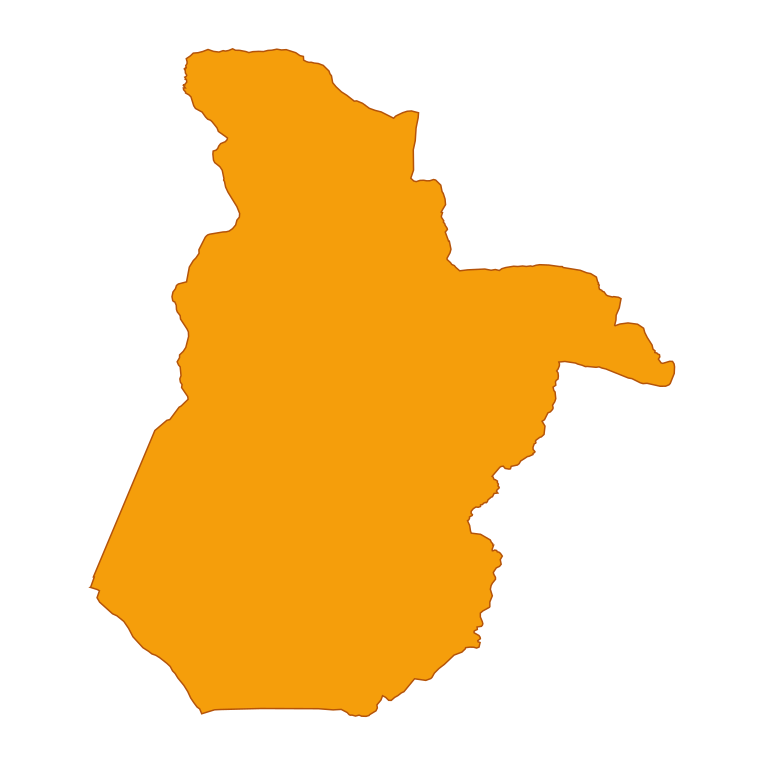 Njombe Urban, Njombe, United Republic of Tanzania, rotated 91°
{"feature_id": "72390352B92677179016540", "entity_name": "Njombe Urban", "entity_type": "district", "adm_level": 2, "iso_a3": "TZA", "parent_name": "United Republic of Tanzania", "parent_adm1": "Njombe", "projection": "equal_earth", "projection_center": [34.794, -9.468], "detail": "fine", "context": "isolated", "style": "filled", "palette": "amber", "viewbox_px": 768, "rotation_deg": 91, "n_neighbors": 0, "source": "geoboundaries", "source_scale": "gbopen_adm2", "svg_char_len": 6084}
<svg xmlns="http://www.w3.org/2000/svg" viewBox="0 0 768 768"><g transform="rotate(91 384 384)"><path d="M592.4,674.2L594.5,667.1L595.7,664.9L602.7,667.2L607.1,664.5L618.5,651.4L620.4,647.0L625.9,640.0L632.8,635.1L641.1,630.6L651.9,620.4L655.3,614.8L657.9,611.4L659.2,607.5L661.5,603.6L667.1,596.2L670.2,592.8L674.5,590.4L677.1,587.8L681.5,585.0L688.9,578.8L694.9,574.9L701.3,571.8L705.9,568.6L710.2,565.3L712.1,562.6L716.9,560.5L712.7,547.7L712.3,541.6L710.6,501.4L709.8,444.0L710.7,429.2L710.1,421.1L713.1,415.1L715.2,413.1L715.7,412.0L715.6,410.1L716.5,406.7L715.5,403.1L716.5,400.6L716.6,396.1L715.7,393.2L714.8,392.5L710.9,386.3L708.0,385.0L705.0,385.5L700.0,381.5L695.7,380.0L697.3,376.8L700.2,373.8L700.2,371.2L697.1,367.8L695.4,364.8L692.5,361.2L691.3,358.7L678.2,348.3L679.6,337.0L677.7,332.1L676.5,330.9L672.2,328.6L667.5,324.1L663.1,318.6L653.8,309.2L650.7,301.4L647.4,298.1L646.2,297.8L645.6,293.6L645.6,289.8L646.4,286.8L645.4,284.4L640.8,283.4L640.1,285.5L639.0,285.8L637.0,283.2L635.5,283.5L633.8,284.7L631.2,289.5L630.3,289.7L629.2,289.3L627.8,286.4L625.3,286.7L624.6,282.4L623.4,281.4L622.0,281.0L619.8,281.6L615.3,283.6L611.4,283.7L609.1,281.1L605.5,274.8L604.8,274.3L600.1,274.4L593.9,272.0L587.4,274.1L583.7,273.4L581.3,272.2L577.3,269.1L575.3,269.2L572.2,271.0L570.4,271.4L565.9,268.5L564.3,265.3L562.2,263.7L557.6,264.7L554.0,262.7L551.2,264.7L550.1,266.2L549.8,267.8L548.5,268.5L548.1,270.4L548.9,272.2L548.8,272.8L547.5,273.0L543.2,271.6L543.2,272.4L541.8,272.5L540.4,273.9L538.1,275.0L532.6,284.8L531.6,294.1L529.7,294.9L524.0,295.9L519.2,298.1L518.5,297.0L517.0,296.2L515.4,296.2L513.9,293.5L513.0,293.3L511.9,294.6L509.7,294.6L507.1,292.5L505.4,290.0L505.6,287.6L504.8,285.4L503.2,285.4L502.7,283.3L501.6,282.6L500.6,280.6L501.0,279.9L500.0,278.7L498.0,278.0L495.3,274.9L494.8,273.6L491.5,272.0L491.0,268.3L489.2,269.7L488.1,269.2L485.8,267.0L484.5,267.5L483.9,268.3L482.1,267.9L480.5,269.0L479.1,268.9L477.7,271.1L477.5,272.3L475.0,273.4L474.4,274.3L465.3,266.8L464.5,265.7L464.1,263.3L466.3,261.4L466.9,257.5L466.6,256.1L464.1,255.4L462.7,249.2L461.3,247.5L458.6,246.0L454.0,239.2L453.8,237.8L451.9,233.8L450.9,233.9L449.8,232.2L449.0,231.9L446.8,233.8L444.6,233.9L441.1,232.7L440.6,231.4L439.7,231.1L438.5,231.6L437.4,230.9L434.6,227.3L434.1,225.7L431.6,223.1L423.3,222.3L418.5,225.3L416.9,222.9L410.0,219.6L408.9,217.1L406.3,214.9L405.0,214.5L402.2,215.1L398.8,213.0L395.7,212.0L389.0,212.8L387.5,214.1L384.2,214.9L382.2,212.2L378.8,212.6L377.3,211.8L376.0,210.1L373.1,209.8L369.8,210.2L367.9,211.6L366.0,210.2L362.8,209.0L360.8,208.9L359.0,209.6L358.3,203.5L359.7,192.9L360.7,190.6L361.8,186.2L363.1,183.0L362.9,180.9L363.6,172.3L363.1,169.3L364.2,166.5L365.1,162.4L373.7,139.9L374.3,136.2L378.3,127.8L379.1,125.0L378.7,121.0L381.4,108.0L381.3,102.4L379.8,99.0L378.4,97.8L368.4,94.0L361.8,93.8L358.9,94.3L356.4,95.9L356.3,98.7L358.5,105.6L358.1,107.3L354.3,110.1L352.1,108.7L349.9,109.1L349.0,111.2L348.3,111.6L347.8,113.8L346.2,113.5L344.5,115.6L340.3,116.7L332.9,121.6L327.9,124.2L323.7,125.4L319.8,131.5L318.7,141.1L319.9,149.1L321.7,153.9L321.3,154.4L316.0,153.2L311.2,153.1L303.8,150.1L294.5,148.5L293.2,151.0L292.6,155.9L293.0,157.1L291.9,161.9L291.1,163.3L288.0,165.6L287.5,167.3L286.6,167.8L285.5,170.2L283.2,170.9L281.3,170.5L280.4,171.6L279.4,171.2L278.0,172.2L273.4,173.5L270.0,179.3L269.3,183.2L266.9,189.7L264.4,206.9L263.5,207.7L263.5,210.6L262.2,221.3L262.0,230.4L262.6,234.0L263.8,237.6L263.4,239.6L264.0,243.7L263.6,247.5L264.2,252.3L264.0,256.5L265.4,264.2L266.6,268.1L268.5,270.7L267.6,274.7L268.4,278.9L267.3,285.2L268.4,302.2L269.5,310.3L266.0,314.4L264.4,315.7L263.3,318.3L261.4,319.7L258.5,323.0L257.2,323.2L251.7,320.3L248.1,319.4L240.0,321.2L240.1,321.9L231.0,325.4L228.4,323.3L227.2,323.6L224.3,325.6L222.6,326.1L221.1,327.5L219.8,327.1L216.4,329.4L215.3,329.6L211.6,328.5L211.2,329.8L210.6,329.6L203.6,325.6L198.0,326.2L192.4,328.1L190.6,329.3L184.2,330.7L179.2,335.9L178.7,338.0L180.0,341.8L180.1,344.9L179.6,347.8L179.8,351.6L181.1,355.3L180.5,357.8L177.8,360.8L169.6,358.2L149.3,358.8L140.2,357.0L127.5,356.4L117.3,354.5L112.2,354.2L110.5,361.3L110.9,365.6L112.4,370.0L114.8,374.9L116.0,377.1L118.1,379.0L112.0,391.6L110.6,397.6L108.6,403.5L103.7,410.4L101.4,416.2L101.7,418.7L96.0,426.2L92.7,431.6L87.6,437.2L83.6,440.6L76.8,441.9L74.7,443.5L72.0,444.5L66.5,450.3L64.7,455.3L64.3,459.5L63.6,462.2L63.7,464.8L63.0,467.2L61.6,470.0L57.9,470.3L57.1,473.8L54.3,478.0L51.4,487.6L51.8,492.3L51.1,497.0L52.2,502.0L52.5,505.9L53.7,510.3L53.6,515.0L54.0,521.0L55.0,524.9L54.0,528.0L52.9,534.2L52.9,538.3L51.5,541.2L53.2,545.1L53.9,548.3L53.5,550.7L55.0,554.8L54.4,560.2L52.6,565.8L54.7,571.0L56.0,575.7L56.5,580.5L59.3,583.3L62.2,587.4L65.2,586.5L67.1,586.5L69.2,587.8L71.1,587.2L72.2,587.9L71.6,588.3L72.4,589.2L74.1,588.2L76.5,588.0L78.7,586.6L80.0,587.2L80.7,588.6L82.5,587.5L82.8,587.9L83.3,586.8L85.6,586.5L87.8,588.3L88.4,588.3L88.3,589.6L88.9,589.9L91.4,587.8L91.5,589.8L93.3,589.5L95.5,587.5L96.5,587.5L98.3,584.1L100.3,582.0L109.1,579.1L111.8,577.3L115.3,570.6L120.1,567.1L122.3,564.9L123.3,562.1L124.7,560.5L130.9,555.4L134.4,554.0L140.7,544.8L142.4,545.1L144.5,546.9L146.5,551.5L149.0,553.4L151.5,554.4L153.1,556.0L154.1,558.9L157.1,559.1L163.1,558.4L165.6,557.1L169.6,551.9L173.1,549.5L181.5,547.6L182.9,547.9L184.4,547.0L189.9,545.8L195.0,543.3L209.2,534.2L216.0,531.3L219.7,531.5L222.7,533.9L227.6,535.1L231.3,538.1L233.8,541.5L234.6,544.5L234.8,547.6L237.2,560.6L237.9,562.7L238.9,564.0L240.4,565.3L253.0,571.4L256.6,571.2L261.3,574.3L263.9,576.8L270.5,580.7L285.3,583.2L287.6,591.4L289.1,593.2L292.4,594.2L295.7,596.6L300.4,597.5L304.3,596.7L305.2,595.9L305.3,595.0L305.8,594.5L308.9,593.1L313.1,592.8L315.4,592.0L319.2,589.0L322.6,588.6L332.3,582.0L335.3,580.5L339.9,580.2L350.9,582.8L354.9,585.3L358.5,588.9L361.3,588.9L365.4,591.2L368.5,589.8L370.4,588.1L379.2,587.1L382.5,588.2L385.7,587.6L388.1,585.9L391.1,586.3L400.0,580.0L402.7,579.6L409.5,586.4L410.8,588.5L423.3,597.5L424.1,600.5L434.5,612.3L582.0,671.2L582.1,670.3L592.1,673.7L592.4,674.2Z" fill="#f59e0b" stroke="#b45309" stroke-width="1.5"/></g></svg>